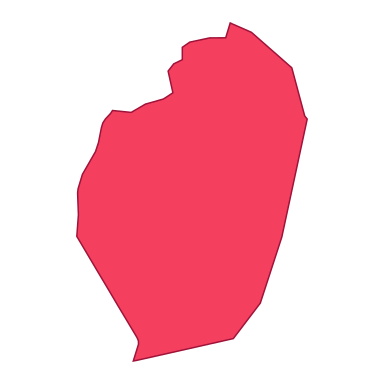 Al Dhahira, Albers equal-area conic projection
{"feature_id": "OMN-2414", "entity_name": "Al Dhahira", "entity_type": "Region", "adm_level": 1, "iso_a3": "OMN", "parent_name": "Oman", "parent_adm1": "", "projection": "albers", "projection_center": [55.739, 23.003], "detail": "fine", "context": "isolated", "style": "filled", "palette": "rose", "viewbox_px": 384, "rotation_deg": 0, "n_neighbors": 0, "source": "natural_earth", "source_scale": "10m", "svg_char_len": 614}
<svg xmlns="http://www.w3.org/2000/svg" viewBox="0 0 384 384"><path d="M76.8,236.4L78.4,214.8L77.6,193.1L78.1,188.7L82.4,174.4L95.5,151.6L98.5,142.5L101.4,127.7L102.9,122.8L105.5,118.9L110.6,113.4L112.5,110.5L131.2,112.4L145.4,104.1L163.4,99.0L172.9,92.8L168.1,71.1L173.8,63.8L182.3,59.7L182.3,47.3L189.8,42.1L209.6,37.9L225.7,37.8L230.2,23.0L251.4,32.3L291.8,67.8L304.7,115.9L307.2,119.1L281.8,237.1L260.3,303.1L233.3,338.6L136.6,360.4L133.3,361.0L138.5,344.2L138.4,340.8L137.0,337.5L129.7,325.3L118.6,306.8L107.6,288.2L96.5,269.6L85.5,251.0L76.8,236.4Z" fill="#f43f5e" stroke="#9f1239" stroke-width="1.5"/></svg>